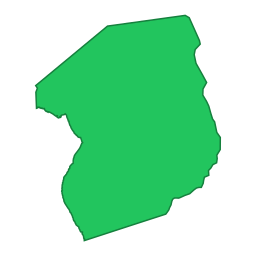 Imul, Aimeliik, Palau (Robinson projection)
{"feature_id": "81905179B52447266125366", "entity_name": "Imul", "entity_type": "district", "adm_level": 2, "iso_a3": "PLW", "parent_name": "Palau", "parent_adm1": "Aimeliik", "projection": "robinson", "projection_center": [134.509, 7.414], "detail": "fine", "context": "isolated", "style": "filled", "palette": "green", "viewbox_px": 256, "rotation_deg": 0, "n_neighbors": 0, "source": "geoboundaries", "source_scale": "gbopen_adm2", "svg_char_len": 2684}
<svg xmlns="http://www.w3.org/2000/svg" viewBox="0 0 256 256"><path d="M36.5,108.3L37.1,108.1L37.8,107.7L38.1,107.1L39.5,107.7L39.7,107.4L40.4,108.0L41.0,108.3L41.2,108.0L41.8,108.3L42.3,108.2L42.6,108.6L43.0,108.4L43.7,108.9L44.4,108.6L44.8,110.0L45.3,110.5L45.6,111.0L46.1,111.0L46.4,111.5L47.0,111.4L48.1,112.3L48.5,111.8L49.8,112.2L52.8,113.9L55.8,116.1L56.5,116.2L57.0,115.6L57.3,115.8L56.9,116.3L57.0,117.0L57.3,117.2L58.3,117.9L59.1,117.8L59.7,116.9L60.4,117.4L60.9,117.0L61.1,116.5L60.9,115.9L61.1,115.5L62.1,115.0L63.3,114.8L64.3,114.6L65.2,113.8L66.5,115.2L66.9,117.2L68.1,119.9L68.2,120.9L68.7,121.1L69.0,121.4L68.9,122.1L69.5,124.0L69.7,124.9L70.1,125.5L70.7,126.5L71.1,127.9L71.9,129.2L72.9,130.9L73.6,131.3L74.2,133.1L74.7,133.4L75.0,133.9L76.1,134.7L76.3,135.3L76.8,135.4L77.2,135.8L77.6,136.6L78.7,137.3L80.0,137.6L80.6,137.5L81.5,140.1L81.9,141.5L82.6,142.7L81.8,143.3L81.3,144.5L80.1,147.5L78.9,149.4L76.8,152.2L75.4,154.0L75.1,154.6L74.6,155.2L74.1,156.5L74.1,157.3L73.5,158.3L73.4,159.6L73.2,160.0L73.2,161.7L73.1,163.4L72.0,163.9L71.2,165.0L70.6,165.3L69.7,166.9L69.8,167.5L69.6,168.5L68.9,168.9L68.7,169.2L68.7,169.7L68.5,169.9L68.5,170.4L68.1,171.4L67.4,172.0L67.4,172.4L66.9,172.9L66.7,173.6L66.5,174.2L65.8,174.8L65.5,175.5L64.8,176.0L64.1,176.9L63.7,177.9L63.8,178.6L63.5,179.3L63.6,180.0L63.1,180.8L63.1,181.9L62.5,183.0L62.7,184.0L62.2,184.8L62.1,187.1L62.3,187.6L61.9,188.1L62.1,189.5L62.3,190.2L61.9,190.4L61.7,191.2L62.1,192.4L62.1,193.7L62.4,194.2L62.4,195.0L62.9,196.0L62.9,197.4L63.7,199.3L64.1,201.7L64.7,202.5L64.9,203.3L68.0,208.1L69.2,209.6L70.0,211.8L70.1,212.3L70.6,212.8L71.1,213.0L71.4,214.1L72.4,216.0L72.5,216.9L73.1,218.0L73.4,219.7L73.9,220.9L74.5,221.1L74.8,221.8L75.5,223.6L75.9,224.0L76.0,224.7L76.9,225.5L77.9,226.3L78.7,226.9L79.1,228.7L79.7,229.5L80.1,230.8L80.7,231.8L81.0,232.0L81.5,231.9L82.0,232.3L82.4,232.2L82.4,232.8L82.2,233.3L82.1,233.7L82.5,234.5L83.0,235.0L83.4,235.8L83.6,237.0L83.7,237.5L83.7,238.1L84.0,238.5L84.4,238.7L84.7,239.5L84.2,239.6L84.3,240.6L129.4,225.9L165.8,214.1L167.7,211.5L168.9,209.7L169.5,207.8L171.0,204.9L171.8,201.3L172.6,199.3L174.4,198.0L177.0,198.0L178.5,198.1L179.6,197.8L184.9,195.4L189.7,193.7L193.8,190.0L196.5,188.0L198.9,187.4L201.3,187.4L203.2,183.3L203.6,180.5L204.4,177.2L208.8,175.3L208.5,170.5L210.8,168.1L212.9,164.6L216.6,162.8L217.2,158.5L216.8,155.2L220.2,149.6L220.3,137.4L216.8,132.4L214.6,121.8L212.6,119.1L210.8,113.4L208.8,106.2L206.6,101.5L202.8,95.1L203.0,89.0L206.6,82.5L202.5,74.9L196.0,63.3L194.2,54.7L195.2,49.5L200.2,44.1L199.4,40.5L189.2,17.7L185.2,15.4L107.5,26.1L35.7,85.6L37.4,88.1L35.9,92.2L36.5,108.3Z" fill="#22c55e" stroke="#15803d" stroke-width="1.5"/></svg>